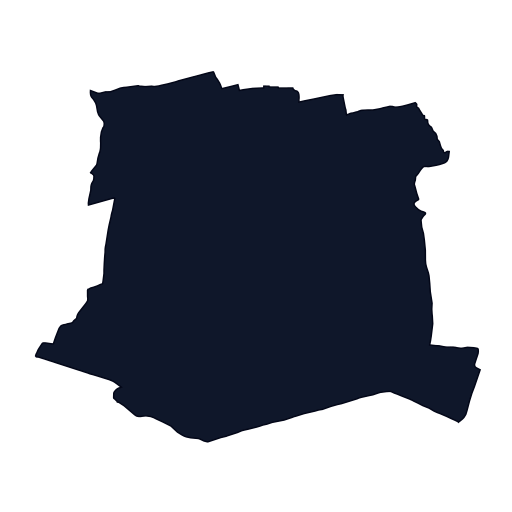 Suan Luang, Bangkok Metropolis, Thailand (Albers equal-area conic projection), rotated 179°
{"feature_id": "78962969B46335103611248", "entity_name": "Suan Luang", "entity_type": "district", "adm_level": 2, "iso_a3": "THA", "parent_name": "Thailand", "parent_adm1": "Bangkok Metropolis", "projection": "albers", "projection_center": [100.621, 13.725], "detail": "fine", "context": "isolated", "style": "filled", "palette": "ink", "viewbox_px": 512, "rotation_deg": 179, "n_neighbors": 0, "source": "geoboundaries", "source_scale": "gbopen_adm2", "svg_char_len": 5873}
<svg xmlns="http://www.w3.org/2000/svg" viewBox="0 0 512 512"><g transform="rotate(179 256 256)"><path d="M56.5,86.3L55.7,86.9L54.9,87.5L52.4,89.5L51.0,90.9L49.5,93.2L49.0,94.0L47.7,98.0L45.1,107.3L42.5,115.2L40.0,121.4L33.9,138.3L37.2,140.1L37.9,140.5L38.7,141.2L39.0,141.7L39.3,142.4L39.3,142.9L39.4,143.5L39.3,144.3L37.4,149.8L36.8,151.4L35.7,154.6L35.4,156.8L35.5,158.7L35.7,159.3L36.2,159.7L36.6,159.8L37.9,160.1L40.2,160.5L46.2,161.0L50.5,160.3L52.6,160.1L56.5,160.7L58.1,161.1L60.4,161.4L62.8,161.5L65.6,161.5L67.5,161.6L70.0,162.0L74.5,163.0L77.9,163.2L83.9,164.0L83.8,164.8L83.0,168.3L82.2,173.0L80.5,185.2L80.8,192.9L81.0,194.9L81.2,199.8L80.8,205.7L82.4,217.4L82.8,225.6L83.4,233.2L84.0,236.2L85.7,241.7L86.3,244.3L86.5,245.5L86.7,249.0L86.6,258.8L87.0,263.8L87.4,268.8L88.2,275.6L89.8,281.9L90.4,288.8L90.1,289.9L89.6,290.6L88.3,292.6L87.3,293.7L86.2,294.7L85.9,295.2L85.8,295.7L85.8,295.9L86.1,296.3L86.5,296.6L87.9,297.2L90.3,298.0L92.1,299.1L93.0,299.7L95.5,302.1L96.1,302.8L96.9,304.0L97.1,305.0L97.1,305.7L96.8,306.4L96.4,307.0L94.8,308.3L92.6,309.5L92.4,310.1L94.2,315.8L95.7,322.0L96.2,323.8L96.5,324.9L96.4,325.7L96.1,327.1L95.4,329.1L95.0,332.7L93.8,334.0L92.3,335.8L90.2,338.9L88.9,340.5L87.2,342.2L86.5,342.5L85.8,342.6L84.2,342.6L82.4,342.4L81.0,342.5L74.2,343.6L70.9,344.3L68.2,345.1L65.8,345.9L65.3,346.2L64.0,347.1L63.4,347.7L62.4,349.5L61.8,351.5L61.1,356.4L61.0,357.1L62.0,357.2L62.9,357.2L63.9,356.8L64.9,356.0L65.3,355.9L65.6,355.9L66.1,356.1L66.3,356.2L66.6,356.6L66.7,357.1L66.9,358.0L67.2,358.6L68.6,360.2L69.1,361.4L69.7,363.2L70.3,365.4L70.7,367.0L71.6,368.2L72.4,369.0L72.8,369.8L73.0,372.5L73.4,373.5L74.2,375.4L76.1,377.2L76.8,377.9L78.1,381.1L78.6,381.9L80.0,382.9L80.7,383.7L81.2,384.3L81.8,385.6L81.9,386.0L82.0,387.1L82.1,388.8L82.2,389.0L82.5,389.2L82.9,389.4L84.3,389.5L84.6,389.7L84.9,390.0L85.1,390.5L85.1,392.6L85.2,393.3L85.4,393.4L86.7,393.7L87.0,394.0L87.2,394.3L87.6,395.2L90.2,399.5L90.8,400.8L92.2,401.9L92.7,402.4L92.9,402.8L92.9,403.3L92.9,403.5L92.6,404.1L92.7,404.9L92.9,405.3L94.1,406.5L101.8,404.4L106.8,403.2L109.1,402.8L111.4,402.5L113.0,402.4L114.3,402.4L115.7,402.7L117.0,403.1L119.5,403.3L122.6,402.6L126.3,401.9L128.0,401.4L129.8,401.0L136.7,399.9L141.6,400.0L147.8,399.8L148.8,399.6L150.9,398.9L151.8,398.4L153.3,398.2L156.5,397.3L158.4,397.1L159.5,396.8L161.1,396.1L162.5,395.7L163.0,395.4L163.2,395.9L163.4,397.9L163.6,400.4L164.2,402.4L166.2,413.4L166.3,414.8L166.1,415.6L172.6,415.9L178.9,415.1L195.5,411.9L204.5,410.3L210.4,409.1L210.4,411.7L210.2,413.1L210.2,414.6L210.3,416.4L210.7,418.2L211.0,418.8L211.8,419.8L212.4,420.2L213.8,420.5L214.3,420.8L215.2,421.5L215.7,422.0L216.1,422.7L216.3,423.3L230.4,423.5L230.7,423.6L230.8,424.3L231.0,424.5L239.7,424.7L239.9,424.8L240.0,425.5L245.2,425.7L245.3,424.0L245.3,423.9L256.4,423.6L261.3,423.0L265.6,422.5L269.7,421.8L271.1,427.6L277.8,426.0L287.2,423.9L287.5,424.5L288.6,427.7L289.4,429.5L291.7,433.4L293.2,435.4L295.0,440.1L295.3,440.7L295.7,440.9L296.0,440.8L300.0,440.0L330.7,432.4L333.0,431.6L341.2,429.6L347.7,428.3L350.2,427.7L354.5,427.2L355.9,427.3L357.3,427.6L362.6,427.3L364.3,427.3L367.8,427.7L369.4,427.7L370.3,428.2L370.9,428.3L383.0,426.9L385.2,426.8L388.8,426.2L393.9,424.3L398.8,422.7L403.7,422.7L409.2,421.4L411.5,421.5L418.6,424.3L418.7,422.3L418.5,420.0L418.0,418.5L417.4,417.5L415.7,415.4L413.6,411.8L412.8,409.1L411.9,403.2L411.0,400.4L410.4,399.2L405.9,393.4L405.6,392.3L405.4,390.9L405.7,388.7L405.9,387.9L406.8,386.8L408.4,382.7L409.3,377.4L409.4,373.6L409.3,371.7L409.5,366.8L409.7,365.3L410.3,362.7L410.8,361.6L412.3,356.7L413.3,351.2L413.8,349.7L418.7,343.9L419.6,342.6L419.9,342.3L419.6,341.8L418.9,341.6L417.1,340.0L416.9,339.6L416.6,338.5L416.8,336.0L417.2,334.3L417.6,333.6L418.9,331.5L419.5,329.8L419.8,328.3L420.0,324.6L422.0,316.3L422.7,311.8L422.6,309.9L398.9,316.1L396.4,316.4L396.2,315.7L398.6,304.1L399.3,301.9L399.9,299.6L400.3,297.3L402.2,289.8L403.3,284.7L405.8,270.3L406.4,267.7L406.7,265.5L406.8,262.3L407.3,257.7L407.8,251.3L408.2,245.0L408.3,240.9L409.4,233.2L409.8,231.1L410.0,230.9L411.3,230.4L411.9,230.3L415.0,228.9L418.9,227.6L422.0,226.8L423.7,225.8L424.6,225.6L425.0,224.6L425.1,218.5L424.9,216.3L425.1,214.3L425.4,213.7L426.8,211.6L434.2,202.5L435.3,200.7L436.0,198.9L436.4,196.9L436.6,196.6L437.9,195.6L439.3,194.4L440.5,192.8L440.7,192.6L442.0,192.1L445.9,191.4L447.3,190.9L449.8,190.5L451.3,190.0L452.1,189.6L452.6,189.1L453.9,187.4L454.3,186.7L457.9,177.9L459.7,172.9L459.9,171.9L460.0,171.8L460.2,171.7L461.6,171.7L467.9,172.7L469.8,172.8L470.8,172.6L471.2,172.3L474.3,167.8L475.5,165.9L476.9,162.8L477.6,161.6L478.1,159.9L477.4,159.0L475.0,158.7L426.0,141.9L424.1,141.1L420.8,140.2L405.0,135.0L401.1,133.3L399.5,132.3L392.9,127.2L393.9,126.8L395.7,126.3L397.0,125.6L398.4,124.5L399.9,122.8L400.4,121.9L400.6,121.2L400.8,117.0L400.7,116.4L400.5,116.1L399.5,115.3L397.4,113.1L397.2,112.4L396.5,112.3L395.5,112.0L390.5,108.6L380.2,99.5L379.0,98.6L377.9,98.0L375.9,97.6L373.9,97.6L372.8,97.8L369.5,98.1L368.7,98.1L364.2,97.4L361.0,96.2L358.8,95.0L352.2,91.8L344.2,87.6L343.9,87.4L337.6,81.3L333.1,78.4L330.9,77.2L328.8,76.4L324.5,75.4L317.2,74.6L316.3,74.4L314.9,73.8L311.3,72.0L308.0,71.1L307.2,71.1L295.7,74.7L294.5,75.1L289.0,76.3L288.0,76.7L277.5,79.9L275.8,80.6L273.3,81.6L270.4,82.3L266.9,83.0L258.3,85.0L255.0,85.9L252.1,86.9L248.1,87.7L242.7,89.4L234.2,90.9L230.8,91.5L222.8,94.0L220.7,94.8L219.3,95.1L210.8,97.6L209.0,98.0L199.6,100.0L195.9,101.0L192.3,101.5L183.6,104.4L177.2,106.1L173.2,106.9L157.4,111.5L155.8,112.2L153.2,112.9L145.4,114.5L141.6,115.2L136.3,116.9L134.2,117.5L128.1,118.2L125.9,118.3L123.9,118.3L122.6,117.8L120.2,116.6L117.0,115.4L112.9,113.6L104.9,110.3L103.7,109.7L101.9,108.9L101.2,108.4L96.6,106.1L91.8,103.5L85.6,100.9L80.6,97.8L77.4,96.3L74.8,95.3L68.1,92.3L63.7,90.1L59.8,88.3L56.7,86.7L56.5,86.3Z" fill="#0f172a" stroke="#020617" stroke-width="1.5"/></g></svg>